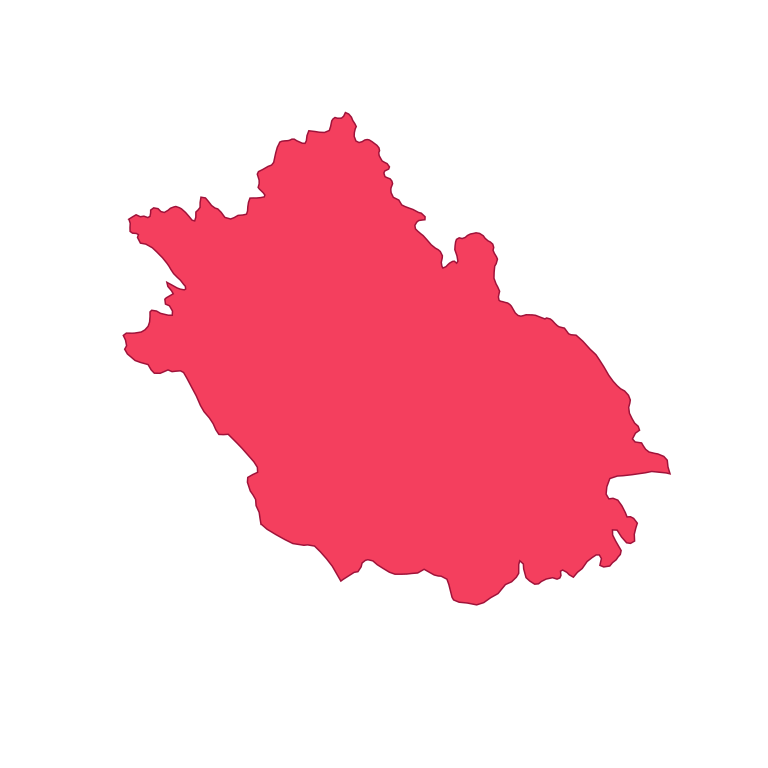 Pyetrykaw, Gomel, Belarus, rotated 240°
{"feature_id": "67162791B78152292733501", "entity_name": "Pyetrykaw", "entity_type": "district", "adm_level": 2, "iso_a3": "BLR", "parent_name": "Belarus", "parent_adm1": "Gomel", "projection": "equal_earth", "projection_center": [28.643, 52.294], "detail": "fine", "context": "isolated", "style": "filled", "palette": "rose", "viewbox_px": 768, "rotation_deg": 240, "n_neighbors": 0, "source": "geoboundaries", "source_scale": "gbopen_adm2", "svg_char_len": 5835}
<svg xmlns="http://www.w3.org/2000/svg" viewBox="0 0 768 768"><g transform="rotate(240 384 384)"><path d="M342.2,568.2L343.2,567.1L346.0,564.2L347.9,563.2L351.0,562.3L354.7,561.5L357.2,560.5L359.9,557.8L359.9,555.9L364.8,551.9L367.7,549.6L369.6,547.1L371.2,544.5L372.9,541.7L373.5,539.1L374.3,536.4L376.4,534.3L379.9,533.2L383.2,533.2L387.8,533.2L390.0,532.7L392.3,531.6L394.0,529.8L396.0,527.9L397.5,526.2L399.1,525.5L402.2,526.6L404.5,528.6L406.5,530.5L411.1,531.0L414.8,531.1L420.6,532.1L425.5,535.1L430.7,538.8L432.1,541.3L435.4,544.7L437.9,545.0L442.0,544.9L445.3,545.3L447.4,547.3L450.7,548.1L453.8,547.1L455.9,545.7L459.6,544.4L462.7,544.1L466.6,542.1L468.9,539.3L469.7,536.7L470.7,533.8L470.9,530.5L470.3,527.6L470.9,524.4L473.0,522.2L473.0,519.1L471.3,517.1L468.2,514.7L464.9,512.5L458.6,511.3L453.4,509.4L452.3,507.3L455.2,506.3L455.9,504.6L455.9,501.3L455.4,499.0L454.6,496.3L455.0,493.0L457.0,493.0L460.7,494.4L464.1,497.5L465.9,498.7L470.6,499.0L473.2,498.1L476.0,496.4L480.9,494.5L487.8,493.2L492.9,492.1L495.9,490.9L499.6,489.6L502.6,488.8L505.9,490.0L507.8,493.3L508.2,495.8L506.9,499.1L505.8,501.6L508.3,503.2L513.3,501.7L515.4,499.6L520.6,496.4L523.9,493.6L527.2,490.9L530.2,488.9L535.9,488.8L541.0,485.4L546.1,485.8L548.8,487.0L550.4,488.2L552.1,490.3L553.2,491.6L555.8,492.3L558.6,491.9L560.8,490.1L563.1,488.5L566.8,489.4L568.1,491.1L567.8,495.5L569.3,497.3L573.3,496.9L575.2,495.6L578.1,493.9L581.0,493.9L584.2,494.0L586.9,495.1L588.3,496.8L591.0,497.7L594.3,497.2L597.3,495.9L599.9,494.8L602.8,493.2L604.1,491.7L604.9,489.4L604.8,486.2L605.6,483.1L608.5,481.2L613.4,482.0L616.5,484.0L619.4,486.7L620.8,488.7L623.7,488.9L627.9,488.7L631.3,489.2L634.1,488.7L635.5,488.4L638.4,486.3L636.1,483.0L635.5,480.1L637.4,476.6L639.3,474.8L639.0,472.3L638.0,470.3L633.8,466.6L630.9,463.4L631.6,458.2L634.5,453.7L637.0,450.7L640.9,445.5L637.6,441.5L633.4,438.3L631.9,435.9L633.4,433.6L635.9,431.8L638.4,430.0L640.9,428.7L642.1,426.6L642.2,424.8L642.5,423.3L643.0,422.0L644.2,419.6L645.3,417.0L645.6,414.7L644.3,412.9L642.4,410.0L638.5,406.0L635.0,402.8L631.1,399.3L629.8,396.1L630.4,392.4L630.4,386.2L630.7,381.5L629.1,379.2L623.0,377.8L619.8,376.0L617.2,373.3L614.9,373.6L610.1,375.0L607.2,375.3L605.9,373.8L607.2,370.1L608.8,366.6L610.4,363.9L612.0,360.9L609.1,357.5L605.6,354.7L602.0,352.3L599.8,349.8L601.0,346.1L603.0,341.9L603.0,337.4L603.6,333.7L607.8,329.5L614.2,328.8L618.7,327.6L620.9,325.6L624.8,323.9L630.6,323.1L634.4,322.4L637.3,318.9L633.1,315.5L628.9,313.0L627.7,310.0L627.0,307.1L622.5,304.4L619.9,301.6L621.8,299.7L626.7,298.9L631.8,297.9L636.9,296.2L638.9,295.0L641.8,292.5L642.4,290.6L643.0,286.9L642.4,283.9L642.4,279.5L644.9,277.0L648.8,276.0L651.7,272.6L651.3,268.9L648.8,267.4L646.2,265.2L646.2,262.7L649.4,260.0L650.7,256.6L654.5,253.9L654.5,249.9L654.3,245.3L654.0,245.4L650.1,244.6L646.4,242.2L643.1,240.4L640.4,241.6L638.1,244.9L636.1,246.0L634.2,243.8L627.8,243.5L624.2,247.7L617.8,251.5L611.8,253.3L607.5,254.4L604.2,255.3L597.0,256.4L593.6,256.7L589.6,256.7L584.7,257.0L579.8,258.3L575.7,259.6L570.5,260.3L567.9,260.8L565.4,259.7L565.4,258.1L568.0,255.0L570.7,252.8L576.1,249.6L580.6,246.8L576.5,245.6L571.0,246.6L567.5,246.6L567.5,243.5L567.5,238.5L567.0,236.6L562.5,234.7L559.0,237.3L552.9,237.3L549.4,235.0L551.4,231.6L556.9,225.8L560.9,223.5L564.0,219.7L563.4,217.4L559.4,215.1L554.9,212.0L551.9,208.6L550.4,204.0L550.4,199.7L552.9,193.2L553.9,191.3L556.9,186.3L556.4,182.5L551.3,182.1L545.8,180.2L543.8,176.8L538.3,176.8L528.8,180.2L524.3,184.0L518.8,189.4L512.7,189.4L508.2,190.5L505.2,195.5L504.7,199.4L504.2,204.0L500.7,206.6L499.2,210.1L497.2,214.3L494.2,216.2L487.7,216.2L477.1,215.8L467.6,215.5L457.1,214.3L450.0,214.3L442.0,215.8L435.0,216.2L428.5,215.5L422.9,215.8L420.4,219.7L418.4,223.9L412.9,225.4L406.9,227.0L399.3,228.9L389.8,230.8L381.8,232.4L375.2,232.7L370.7,230.4L371.2,225.1L371.2,219.3L367.2,216.6L358.2,214.7L353.7,215.1L348.2,215.1L342.6,212.4L335.2,211.7L329.5,209.4L324.2,207.4L324.2,207.5L316.7,210.1L307.8,215.0L298.8,220.4L291.4,225.3L284.4,234.0L282.9,237.4L278.4,242.8L270.5,245.0L261.1,246.9L252.1,248.1L243.2,248.1L234.9,248.1L235.2,250.7L235.5,257.1L235.8,264.0L234.5,267.6L237.1,272.8L239.9,275.5L240.6,279.7L239.9,282.2L236.4,285.9L230.9,287.8L224.8,291.0L218.4,294.5L213.8,298.4L210.9,303.4L208.0,308.8L206.1,313.2L203.5,318.7L203.5,326.1L197.7,329.5L193.5,332.0L190.6,335.0L189.0,337.4L183.5,340.9L177.9,339.9L171.6,338.1L165.3,336.3L162.2,336.3L157.5,339.9L152.7,346.6L146.4,353.8L144.8,361.1L145.6,369.5L145.5,378.0L149.6,388.9L148.9,395.6L150.5,402.0L152.7,406.0L160.4,410.5L163.0,413.2L158.5,414.7L154.0,412.5L145.3,410.2L140.5,411.7L135.3,414.4L133.7,417.9L134.3,421.6L134.0,426.9L132.0,433.1L128.5,436.3L128.1,439.3L129.7,441.5L133.6,443.2L133.6,445.7L129.4,448.2L126.2,449.0L122.0,451.4L124.2,457.4L125.1,463.4L128.7,471.1L129.6,477.3L129.9,482.3L128.3,485.0L124.1,485.0L121.2,482.3L119.0,480.3L115.7,482.8L113.5,488.5L115.0,492.5L115.7,497.2L117.2,500.3L118.2,503.4L121.2,506.1L127.3,506.1L132.3,506.1L138.9,506.5L143.4,508.9L140.9,512.8L132.8,513.2L125.2,514.7L122.7,517.8L122.7,522.5L128.7,525.6L133.2,529.9L136.8,533.8L142.8,533.0L145.8,531.1L147.4,528.0L151.9,528.7L159.4,529.1L166.5,528.4L170.5,525.2L172.1,521.3L177.6,521.3L183.6,525.6L189.2,532.3L187.6,540.1L185.1,545.1L181.5,553.3L179.0,559.6L176.5,565.8L174.4,572.1L171.9,575.6L165.9,583.9L163.2,586.8L170.3,588.5L176.4,591.2L181.4,590.1L186.5,586.2L188.5,583.8L192.6,579.5L196.6,577.9L201.1,577.6L204.2,577.6L208.2,572.5L212.2,571.7L215.7,577.2L216.2,582.2L220.3,583.0L224.8,581.5L229.8,581.5L235.9,581.9L241.4,584.2L244.5,587.3L247.0,589.3L252.0,590.1L257.6,588.9L261.6,586.5L266.1,585.0L271.7,583.8L279.2,583.0L288.8,583.0L297.4,582.6L303.4,582.2L311.0,579.9L321.6,577.6L330.2,574.8L333.2,570.5L335.2,569.0L342.2,568.2Z" fill="#f43f5e" stroke="#9f1239" stroke-width="1.5"/></g></svg>